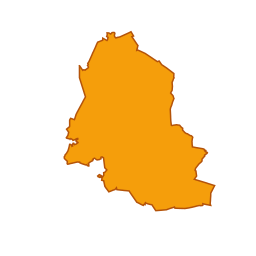 Suntažu pag., Ogre, Latvia (Mercator projection), rotated 74°
{"feature_id": "27541924B15599164032444", "entity_name": "Suntažu pag.", "entity_type": "district", "adm_level": 2, "iso_a3": "LVA", "parent_name": "Latvia", "parent_adm1": "Ogre", "projection": "mercator", "projection_center": [24.882, 56.884], "detail": "fine", "context": "isolated", "style": "filled", "palette": "amber", "viewbox_px": 256, "rotation_deg": 74, "n_neighbors": 0, "source": "geoboundaries", "source_scale": "gbopen_adm2", "svg_char_len": 5255}
<svg xmlns="http://www.w3.org/2000/svg" viewBox="0 0 256 256"><g transform="rotate(74 128 128)"><path d="M98.5,172.2L99.3,172.9L100.8,174.3L101.1,174.4L101.2,174.5L103.9,176.3L104.0,176.3L105.2,177.2L104.8,177.8L103.5,179.6L102.9,180.5L104.3,181.9L104.6,182.0L105.6,182.3L109.6,183.4L110.6,183.8L112.1,187.2L112.2,187.4L115.7,186.2L118.7,187.9L119.0,188.4L120.4,190.0L120.9,189.7L121.0,189.6L122.7,186.6L122.8,186.6L122.4,185.9L124.2,184.3L124.7,184.3L124.6,182.3L124.1,180.3L124.2,179.2L124.8,179.2L125.6,181.4L126.7,181.5L127.3,181.1L127.5,180.4L128.3,180.1L129.0,181.8L129.2,183.1L129.2,184.2L127.8,184.3L127.5,184.9L129.3,186.6L130.0,186.3L130.1,186.9L129.4,186.8L128.0,187.6L127.6,188.6L130.1,189.9L133.4,192.0L134.9,193.6L135.4,194.1L136.4,195.7L136.5,195.9L137.5,196.4L137.7,196.6L138.2,197.3L138.3,197.3L139.4,197.5L139.7,197.5L139.9,197.5L143.3,195.5L145.5,196.3L146.1,196.1L146.2,195.9L146.3,194.3L146.3,192.9L146.3,192.6L146.4,192.2L146.7,186.2L147.0,185.4L147.5,183.8L147.6,183.7L148.3,183.8L149.9,181.7L151.8,178.9L151.8,178.0L151.8,177.9L152.9,177.5L153.7,176.3L153.7,176.1L152.6,175.8L151.1,175.9L150.7,174.7L150.2,173.7L149.7,171.1L148.9,170.9L148.9,170.2L148.0,169.9L147.8,168.5L148.0,168.3L149.8,167.0L150.0,166.6L150.2,166.4L150.2,165.4L150.3,165.2L150.5,164.7L150.1,162.7L150.1,162.4L148.7,162.1L148.6,161.2L148.8,160.6L149.9,160.1L149.9,159.8L150.3,159.8L156.6,160.8L159.8,161.3L162.5,159.9L164.3,162.7L164.2,163.7L166.7,164.3L167.7,165.5L167.8,165.6L167.3,165.9L167.3,166.7L166.9,167.0L166.3,166.9L164.9,168.4L165.8,170.4L166.7,170.1L166.8,169.7L167.6,169.1L167.2,167.6L168.0,167.7L168.3,166.5L171.0,167.7L172.0,165.9L173.1,166.0L177.3,166.3L177.4,166.2L177.9,166.3L178.1,166.2L179.7,165.7L180.4,165.4L181.4,165.0L184.1,164.0L184.0,163.2L184.0,162.8L183.6,159.2L183.6,157.5L182.3,155.6L184.2,155.7L185.8,151.8L186.5,150.0L186.9,149.2L187.8,146.8L188.8,144.3L191.7,143.4L201.8,140.0L201.9,139.9L202.0,139.7L203.9,137.6L204.5,137.1L206.1,135.3L206.3,135.0L206.6,134.6L206.1,134.1L205.9,133.9L205.9,133.5L206.1,133.2L206.4,132.7L206.2,132.6L205.2,132.5L204.8,132.1L204.7,131.9L204.8,131.9L205.0,131.7L206.3,129.9L207.7,127.6L208.3,126.2L215.1,124.1L215.6,121.7L215.8,120.7L216.0,119.7L217.2,113.5L217.1,112.5L217.0,111.1L216.9,109.5L216.9,109.1L216.9,108.5L216.8,108.0L216.9,107.9L216.8,105.1L218.0,105.0L218.8,102.6L219.5,100.5L221.1,95.4L221.4,93.0L221.6,91.4L221.7,89.5L221.8,88.9L221.8,88.6L222.0,84.3L221.9,83.7L222.0,83.1L222.1,81.4L222.2,80.7L222.4,80.2L222.7,79.6L222.7,79.2L222.8,79.0L222.9,78.5L223.0,77.9L222.9,77.6L222.8,77.3L222.6,77.2L222.1,77.0L221.4,76.9L221.9,76.0L222.1,75.8L223.6,73.0L223.8,72.4L223.8,72.5L225.2,69.8L224.8,69.8L224.4,70.1L222.9,69.7L220.9,68.9L218.5,68.1L216.1,67.2L213.4,66.4L207.2,60.6L206.8,61.3L203.6,66.1L203.5,66.3L202.9,67.1L202.3,68.0L197.4,75.6L197.0,76.3L195.5,78.4L193.1,75.3L188.8,74.7L188.1,74.5L187.5,75.1L187.1,75.2L185.3,74.1L182.1,69.7L180.7,66.7L180.0,66.0L180.0,65.9L179.2,65.7L178.3,65.4L178.2,65.3L177.9,64.7L176.8,63.1L176.6,62.7L176.5,62.4L176.3,62.1L176.0,61.9L175.7,61.9L175.4,62.0L175.2,61.9L175.1,61.7L174.4,59.6L174.3,59.3L173.7,58.5L173.3,58.6L173.1,59.0L172.9,59.2L172.8,59.3L172.5,59.5L172.4,59.7L172.2,60.0L171.9,60.2L171.7,60.0L171.6,59.9L171.6,59.7L171.4,59.4L171.1,59.4L170.9,59.5L170.7,59.9L170.8,60.1L171.0,60.2L171.0,60.3L170.8,60.5L170.6,60.6L170.1,60.7L169.9,60.5L169.2,60.8L168.4,62.1L166.5,66.1L165.6,68.0L163.9,71.3L163.2,71.2L162.7,71.0L162.2,70.9L161.9,71.0L159.1,70.3L158.8,70.3L157.6,69.8L156.2,69.2L154.7,68.3L153.3,69.0L152.8,69.4L152.4,70.3L152.0,70.7L150.0,72.4L149.9,72.5L149.4,73.5L148.1,74.6L145.1,76.1L143.3,75.5L142.3,76.3L141.4,76.8L139.6,77.6L139.2,78.3L139.0,79.0L138.3,80.3L137.8,83.9L137.8,85.1L137.7,85.2L137.2,85.6L134.8,85.2L132.9,84.9L129.5,84.1L128.4,83.8L121.6,82.2L121.1,81.9L119.9,81.2L118.2,79.8L117.2,79.2L115.3,78.0L112.3,75.7L112.1,75.8L110.4,75.8L109.6,75.8L108.6,76.2L106.1,77.4L103.9,75.2L100.2,73.8L96.5,73.1L96.0,72.8L94.7,71.7L93.3,70.8L92.5,69.9L92.0,70.1L91.6,70.0L91.4,70.0L90.8,69.7L88.3,68.9L82.5,73.2L81.0,74.3L76.4,78.2L72.2,79.6L72.3,81.5L61.1,90.9L57.7,94.8L55.7,97.2L55.8,98.2L54.7,97.7L54.1,97.2L53.6,96.9L52.8,96.5L51.4,95.7L51.2,95.9L41.3,99.1L41.1,97.3L36.3,98.6L36.7,100.6L38.2,110.6L38.1,114.0L38.0,113.9L38.0,114.0L38.0,114.8L37.3,115.3L36.9,115.5L36.6,115.6L35.5,115.6L35.1,115.5L34.9,115.4L34.4,115.1L34.1,114.9L33.3,114.5L33.2,114.5L32.9,114.6L32.7,114.7L32.5,114.8L32.2,115.3L32.2,115.7L31.9,116.9L32.0,117.2L32.1,117.5L32.7,118.3L32.8,118.6L32.7,118.7L32.8,118.9L32.7,119.0L32.4,119.3L32.0,119.6L31.7,119.8L31.4,120.2L31.3,120.4L31.1,120.9L31.0,121.2L30.9,121.7L30.8,121.9L32.8,122.3L34.2,123.3L35.4,122.2L37.6,123.4L38.1,124.1L36.3,125.9L35.4,126.8L34.7,127.5L36.7,128.2L36.7,128.7L37.1,133.0L37.1,133.4L37.9,134.2L39.3,135.4L41.7,137.3L44.0,139.3L44.3,139.5L44.8,139.9L45.3,140.4L45.9,141.0L47.8,142.5L53.5,147.3L54.8,148.9L56.0,148.7L56.7,149.7L58.1,149.2L58.9,149.4L59.3,150.0L60.5,153.2L60.3,153.3L60.4,153.5L59.8,154.8L60.1,155.6L55.4,157.2L54.8,157.4L54.8,157.6L55.1,157.6L55.8,157.8L66.3,160.8L81.2,160.4L82.2,160.4L86.2,160.3L86.3,160.3L86.6,160.5L86.8,160.7L90.0,163.9L90.5,164.3L96.9,170.6L97.1,170.8L98.5,172.1L98.5,172.2Z" fill="#f59e0b" stroke="#b45309" stroke-width="1.5"/></g></svg>